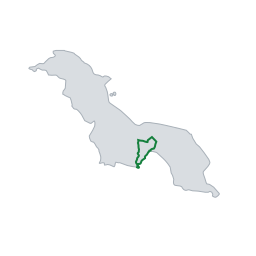 where Dedza sits in Malawi, rotated 320°
{"feature_id": "MWI-1907", "entity_name": "Dedza", "entity_type": "District", "adm_level": 1, "iso_a3": "MWI", "parent_name": "Malawi", "parent_adm1": "", "projection": "mercator", "projection_center": [34.115, -14.229], "detail": "fine", "context": "in_parent", "style": "outline", "palette": "green", "viewbox_px": 256, "rotation_deg": 320, "n_neighbors": 0, "source": "natural_earth", "source_scale": "10m", "svg_char_len": 4360}
<svg xmlns="http://www.w3.org/2000/svg" viewBox="0 0 256 256"><g transform="rotate(320 128 128)"><path d="M98.2,148.4L96.7,146.4L95.5,146.9L93.8,148.3L92.9,148.7L92.4,148.7L92.1,148.3L91.7,147.4L90.4,144.7L89.0,142.9L87.4,142.1L86.2,141.3L86.7,140.4L87.3,139.8L87.1,139.2L86.3,138.3L83.6,137.0L83.5,136.4L86.0,135.3L87.5,133.9L88.6,132.6L89.9,129.8L90.9,127.0L91.7,126.0L92.0,124.2L91.8,122.1L92.4,119.4L92.6,116.8L91.8,115.8L91.1,114.1L92.0,111.2L93.2,109.2L99.4,107.1L103.6,105.2L104.5,104.4L106.0,102.8L106.8,101.2L106.2,100.8L102.8,100.7L102.0,100.1L99.6,94.6L100.9,88.3L101.1,85.8L101.0,82.7L100.6,80.5L99.5,79.5L98.9,78.3L99.1,75.0L100.0,74.6L102.2,70.3L103.1,67.7L102.0,65.6L100.7,62.7L100.2,60.9L99.8,60.3L100.7,59.1L102.2,58.0L103.8,57.7L105.5,57.2L110.8,51.8L110.9,50.7L109.9,48.9L107.9,46.2L107.5,45.0L107.2,41.8L106.4,40.8L103.5,38.6L101.2,36.3L101.9,33.9L102.3,31.3L101.2,29.9L99.5,28.5L98.5,26.3L98.0,24.7L96.7,24.1L95.5,24.1L94.6,25.1L93.7,25.0L92.5,24.6L92.1,23.3L92.1,21.8L91.3,20.8L90.5,19.4L90.4,18.6L90.9,18.4L91.9,18.3L96.2,21.1L98.9,21.2L101.8,21.7L104.3,24.2L105.5,24.5L107.2,24.2L111.9,23.9L113.8,24.3L116.2,25.8L117.2,26.0L118.7,26.0L119.0,25.6L119.1,24.8L118.8,23.0L119.2,22.1L120.1,21.1L122.7,22.3L129.1,27.7L129.3,28.4L133.4,33.8L134.7,36.0L134.7,37.2L136.0,42.0L136.2,44.2L135.9,45.8L136.0,47.2L136.5,49.1L136.3,49.9L137.8,52.7L138.5,55.1L138.6,57.4L138.2,59.7L136.9,63.0L136.7,64.3L137.0,65.5L137.8,66.8L139.2,68.2L140.3,70.0L141.0,72.0L141.6,72.9L142.3,72.8L143.7,73.2L144.8,74.3L146.1,76.3L146.5,78.6L146.7,79.5L143.0,79.5L138.4,79.8L137.3,80.7L137.0,82.7L135.5,86.7L134.7,88.2L133.0,91.0L130.6,94.8L130.1,96.1L130.2,97.4L131.6,102.6L133.1,108.1L133.6,110.2L134.6,117.6L135.2,122.8L135.3,125.8L135.8,129.9L137.1,132.1L138.5,133.5L143.7,134.3L145.3,135.3L148.2,137.9L154.6,145.1L158.2,149.7L161.3,153.8L166.9,161.3L171.2,167.2L171.7,172.7L172.5,173.5L171.0,177.5L170.0,184.1L170.7,188.5L170.4,196.0L169.7,204.0L168.7,206.9L167.4,207.9L164.4,208.8L157.7,209.8L156.7,210.7L155.9,212.3L154.5,216.0L152.9,219.7L152.4,221.3L152.7,221.7L154.2,223.6L155.6,228.4L155.8,236.8L155.3,237.4L153.4,237.7L151.3,237.6L150.4,237.2L149.6,236.2L149.0,234.4L150.4,233.2L150.9,231.0L150.0,229.2L148.2,228.8L146.0,227.0L141.2,221.5L137.1,217.6L134.8,214.3L132.4,213.1L131.7,212.3L131.1,210.9L131.1,208.9L131.4,207.5L130.6,205.9L128.2,203.3L127.1,202.0L127.0,200.3L128.0,198.7L130.1,196.7L131.7,192.8L132.2,190.2L135.2,185.0L135.6,180.6L135.6,177.0L135.4,174.3L134.7,168.9L134.2,165.1L130.6,160.1L129.4,159.7L126.0,160.1L123.0,160.8L121.6,161.9L119.4,161.9L113.6,162.8L111.8,163.1L110.8,164.0L110.2,164.2L106.6,160.4L103.4,156.3L99.4,149.3L98.2,148.4ZM140.1,94.5L139.1,94.8L138.5,94.3L138.6,92.8L139.0,91.7L140.0,91.5L140.6,91.8L141.1,92.3L141.1,93.1L140.8,93.9L140.1,94.5ZM137.9,91.8L137.4,93.3L136.2,93.3L135.2,91.9L135.5,90.9L136.5,90.6L137.5,91.0L137.9,91.8Z" fill="#d9dde1" stroke="#a8b0b8" stroke-width="1"/><path d="M110.9,165.3L110.4,165.2L110.1,164.9L109.9,164.5L109.7,164.0L110.2,163.8L110.4,163.4L110.7,163.2L110.9,163.0L111.6,162.0L111.7,161.7L111.7,160.5L111.8,160.1L112.0,159.6L112.2,159.3L112.4,159.0L112.8,158.8L114.7,157.9L115.0,157.6L115.3,157.3L115.9,156.9L116.2,156.8L116.7,156.8L117.0,156.8L117.7,156.5L117.9,156.4L118.2,156.4L118.4,156.3L118.6,156.1L118.8,155.6L118.9,154.3L119.0,153.9L119.2,153.6L119.6,153.4L120.7,153.3L121.0,153.1L121.3,152.8L121.6,152.5L122.0,152.0L122.4,151.7L122.8,151.3L123.1,150.5L123.3,150.1L123.5,149.8L123.9,149.3L124.2,148.8L124.6,148.4L124.9,148.0L125.7,146.6L125.8,146.3L125.9,146.0L126.0,145.8L126.4,145.6L127.1,145.1L127.6,144.6L128.1,143.8L129.3,145.5L131.0,147.2L131.4,147.7L132.3,149.3L133.2,150.6L133.6,151.1L133.9,151.3L134.0,151.3L134.2,151.1L134.8,150.5L134.9,150.4L135.1,150.3L135.2,150.2L135.4,150.1L140.5,150.3L140.9,155.5L140.9,156.7L138.6,158.0L136.6,159.6L135.0,160.3L134.6,160.4L134.3,160.3L134.0,160.0L133.5,159.8L133.3,159.7L133.1,159.6L132.7,159.4L132.3,159.4L131.6,159.3L131.4,159.3L131.1,159.5L130.7,159.8L130.5,159.5L129.7,159.1L129.3,159.3L129.1,159.4L128.9,159.6L128.6,159.6L128.2,159.5L125.3,160.6L123.3,160.6L122.4,161.0L122.2,161.3L121.8,162.0L121.6,162.1L118.7,161.8L117.9,161.8L117.2,161.9L115.6,162.9L114.8,163.2L114.0,163.1L112.5,162.0L111.9,162.2L111.5,162.8L111.3,163.6L111.3,164.6L111.2,165.1L110.9,165.3Z" fill="none" stroke="#15803d" stroke-width="2"/></g></svg>